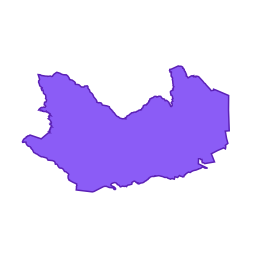 Coxcatlán, Puebla, Mexico, rotated 281°
{"feature_id": "50627088B81401252866172", "entity_name": "Coxcatlán", "entity_type": "district", "adm_level": 2, "iso_a3": "MEX", "parent_name": "Mexico", "parent_adm1": "Puebla", "projection": "equal_earth", "projection_center": [-97.103, 18.25], "detail": "fine", "context": "isolated", "style": "filled", "palette": "violet", "viewbox_px": 256, "rotation_deg": 281, "n_neighbors": 0, "source": "geoboundaries", "source_scale": "gbopen_adm2", "svg_char_len": 5820}
<svg xmlns="http://www.w3.org/2000/svg" viewBox="0 0 256 256"><g transform="rotate(281 128 128)"><path d="M144.6,227.9L164.6,223.3L179.1,220.6L181.9,207.6L182.4,204.7L181.4,204.9L180.5,202.4L181.9,201.0L185.1,196.6L186.3,195.3L186.6,194.4L188.4,192.3L191.8,187.6L192.0,186.6L191.9,185.5L191.0,184.7L191.1,184.3L191.3,184.4L191.2,184.8L191.8,184.8L191.5,183.8L190.8,182.9L191.0,182.4L191.3,182.7L191.5,182.0L191.8,182.1L191.3,180.8L191.3,180.3L188.7,177.4L190.1,175.9L190.1,175.6L190.7,175.4L190.6,175.2L191.8,175.1L191.9,174.8L192.8,174.4L194.0,173.4L194.3,173.4L195.1,172.3L196.2,172.0L197.1,171.0L197.1,170.4L198.0,170.2L198.3,169.8L198.7,168.7L198.6,167.0L198.3,166.4L198.5,165.5L193.9,159.1L193.7,158.3L193.5,157.8L193.3,157.8L193.0,158.1L192.3,157.8L191.5,158.5L191.2,158.5L191.4,159.1L191.3,159.6L191.1,159.5L190.9,159.8L190.6,159.6L190.2,160.1L189.3,159.9L188.6,160.3L187.3,160.3L187.1,160.6L187.0,161.0L186.5,161.1L185.9,162.0L185.0,162.3L184.1,162.2L182.8,162.9L179.9,163.7L179.3,164.1L178.0,164.1L177.8,164.6L177.3,165.1L176.0,164.7L175.5,164.9L174.8,164.4L174.5,164.9L173.8,164.9L172.9,163.6L172.1,162.8L171.7,162.7L170.3,163.1L169.4,163.7L168.6,163.7L168.5,164.6L167.8,165.3L167.0,165.8L165.7,166.1L165.6,166.4L164.5,165.9L164.4,166.3L163.6,166.3L162.8,166.9L162.1,166.1L161.2,165.6L160.9,165.6L160.3,166.6L159.9,166.8L158.4,167.1L157.5,166.6L157.3,166.4L157.3,165.9L157.8,166.0L158.2,165.2L159.0,164.9L159.5,164.1L161.0,163.2L161.6,162.2L162.5,160.6L161.9,159.3L163.3,158.2L163.4,156.3L164.1,155.3L165.3,154.1L165.1,152.2L164.2,151.2L164.3,150.4L164.0,150.2L164.4,149.3L164.0,147.9L162.4,146.6L162.2,145.8L161.5,145.4L161.3,144.7L160.6,143.9L159.8,144.1L158.9,143.5L158.6,143.8L157.9,143.3L157.5,143.4L156.5,143.0L156.0,142.5L155.6,142.4L155.2,141.9L154.8,142.1L154.2,141.7L154.2,141.3L153.6,139.7L152.7,138.8L150.7,138.7L149.8,137.8L148.5,137.7L148.3,136.9L148.0,136.8L148.1,136.4L147.6,135.7L147.3,134.9L146.4,134.4L146.1,133.6L145.0,132.6L145.1,132.2L144.6,130.7L144.0,130.0L143.8,129.0L143.4,128.4L142.8,128.2L141.8,127.1L141.0,126.7L139.5,124.7L138.4,124.5L137.8,124.1L137.7,123.4L136.9,123.6L136.6,124.0L136.5,123.7L136.5,122.7L136.0,120.8L136.2,118.1L137.2,116.4L137.2,115.4L138.1,113.8L140.3,111.5L140.7,110.5L141.5,110.0L141.9,109.1L142.5,108.7L143.4,107.1L144.5,105.9L145.3,105.6L145.7,103.0L145.6,98.4L146.9,97.5L147.5,96.7L147.5,95.2L147.1,94.0L147.4,92.8L147.7,92.6L147.6,92.3L148.9,92.0L150.0,90.9L152.0,88.4L153.8,87.3L154.9,86.2L156.2,83.8L158.0,82.9L159.3,81.2L161.1,80.7L161.6,80.0L160.8,77.3L159.7,76.9L159.6,75.5L159.4,74.9L159.5,74.1L160.8,72.1L161.1,71.4L161.1,69.6L160.8,68.4L161.3,67.6L162.2,67.7L163.1,66.8L164.4,63.9L164.3,62.6L164.6,62.2L164.4,61.5L165.0,61.0L165.7,60.8L167.4,59.2L168.2,57.8L168.4,57.4L168.0,54.6L168.1,52.6L168.7,51.0L169.1,47.6L169.0,47.3L166.7,45.1L165.3,44.3L164.3,44.0L164.0,43.2L164.2,42.0L163.3,39.2L163.5,38.7L163.2,37.3L163.1,33.8L163.0,33.4L163.5,31.5L163.3,29.6L159.0,31.9L157.8,31.8L157.2,31.3L155.6,31.6L154.6,32.4L153.0,33.1L152.0,34.0L151.1,36.2L150.6,36.1L150.4,35.5L150.1,35.3L148.4,36.4L148.8,37.4L145.9,38.5L144.6,40.8L142.3,41.6L141.3,41.4L140.1,42.7L138.2,42.7L137.8,42.3L137.7,41.7L137.3,41.2L134.8,41.3L134.4,42.4L133.7,43.1L132.4,42.5L132.5,41.2L131.8,40.2L131.8,39.4L131.1,38.4L129.3,37.1L128.6,36.9L128.8,37.6L128.8,39.1L128.4,39.0L128.7,40.4L128.1,40.7L128.3,41.6L128.1,42.0L128.4,44.1L128.8,44.4L128.3,44.6L128.1,45.0L128.3,45.9L127.9,46.8L127.6,46.9L127.4,48.1L127.1,48.8L126.5,48.8L125.5,49.9L125.7,48.4L125.2,48.4L124.4,47.9L124.2,48.6L123.7,48.8L123.4,48.4L122.5,48.5L121.9,47.9L121.0,49.8L119.0,51.7L118.2,51.4L117.9,50.9L117.7,51.6L116.5,50.8L115.9,52.5L114.6,52.7L114.5,53.0L114.2,52.0L112.9,51.7L112.8,51.9L111.9,51.6L111.9,51.8L111.3,51.4L110.3,51.4L109.9,51.1L110.1,51.9L109.4,52.0L108.4,51.3L108.3,51.7L108.0,50.7L100.8,44.9L102.4,33.2L101.5,32.2L101.1,31.1L100.5,30.9L100.1,29.9L99.1,29.8L98.0,28.5L97.0,27.7L94.5,27.0L93.8,27.3L93.8,27.6L94.4,29.0L94.6,30.6L93.4,30.9L92.1,32.0L91.2,33.3L90.9,35.6L90.0,36.7L89.4,36.7L88.5,38.3L86.0,40.2L85.8,41.1L85.1,42.9L85.0,43.9L84.1,45.6L83.2,48.3L83.4,49.5L83.0,54.0L81.2,55.6L81.6,60.2L81.1,62.3L79.9,63.2L78.8,63.4L78.6,63.8L79.0,64.8L78.6,65.6L76.9,66.9L75.9,68.1L75.7,69.0L75.9,70.1L75.7,71.4L75.0,72.4L73.2,74.0L73.2,75.4L71.6,78.4L70.9,78.7L69.6,78.3L67.4,78.8L66.1,79.7L65.9,80.4L65.5,80.3L64.1,84.8L63.3,88.3L62.3,88.4L61.7,88.8L60.4,88.5L59.9,88.8L57.3,89.0L58.5,105.2L59.2,106.7L65.7,115.0L66.3,116.2L66.6,118.0L66.0,121.0L66.4,124.8L66.3,125.0L65.1,126.0L65.1,127.0L65.8,127.5L66.5,127.1L67.7,125.2L67.8,124.0L68.4,122.6L68.9,122.0L69.4,122.0L70.3,122.5L71.5,124.4L71.9,125.4L71.8,126.8L71.1,128.0L70.5,128.2L70.1,130.2L68.8,131.6L68.8,132.0L69.9,133.7L69.9,135.4L70.4,136.8L70.2,137.8L71.0,138.0L72.0,138.9L72.3,140.0L73.5,142.4L74.5,142.5L75.3,142.2L75.9,142.8L76.2,143.3L76.8,143.8L77.1,144.8L76.4,145.9L76.4,146.3L76.1,146.5L76.1,147.4L75.9,147.1L75.7,147.3L75.1,148.7L75.5,150.0L76.2,150.6L77.1,153.0L78.1,154.2L78.6,154.5L78.9,154.9L79.4,155.2L79.8,156.0L80.7,156.6L81.4,157.5L82.1,157.6L82.9,158.2L83.0,158.6L83.7,158.9L84.5,159.7L85.2,161.5L85.3,162.7L86.1,163.3L86.3,164.0L85.9,164.0L87.1,167.3L86.9,171.6L86.5,173.3L86.9,175.9L86.4,176.5L85.9,179.5L86.3,179.9L86.8,181.2L86.6,183.2L89.1,183.4L88.9,186.1L91.2,187.6L90.7,189.0L90.7,190.3L90.4,190.8L90.8,192.1L92.7,192.4L93.1,193.3L94.0,193.5L96.2,195.7L96.2,197.5L97.7,199.0L98.7,200.5L99.7,202.8L101.1,205.0L101.5,205.2L101.7,206.0L102.4,207.2L103.6,208.1L104.0,209.2L103.3,211.2L103.7,213.8L106.3,203.9L111.3,203.1L111.6,204.6L110.8,205.7L111.2,206.5L110.3,207.0L109.2,207.0L108.1,207.6L108.3,208.9L107.7,210.1L111.2,219.4L118.6,214.7L123.1,220.4L126.7,225.7L126.1,227.6L128.1,227.6L129.5,226.9L132.0,229.0L136.4,226.8L143.5,224.1L144.6,227.9Z" fill="#8b5cf6" stroke="#5b21b6" stroke-width="1.5"/></g></svg>